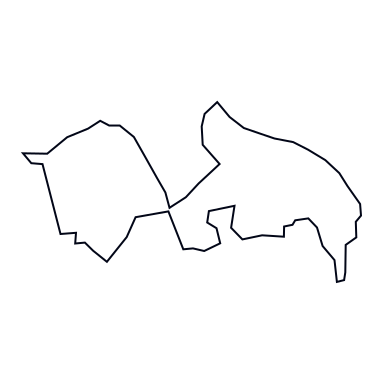 outline of Yazyavan, Ferghana, Uzbekistan
{"feature_id": "79887680B59640879655565", "entity_name": "Yazyavan", "entity_type": "district", "adm_level": 2, "iso_a3": "UZB", "parent_name": "Uzbekistan", "parent_adm1": "Ferghana", "projection": "orthographic", "projection_center": [71.634, 40.657], "detail": "fine", "context": "isolated", "style": "outline", "palette": "ink", "viewbox_px": 384, "rotation_deg": 0, "n_neighbors": 0, "source": "geoboundaries", "source_scale": "gbopen_adm2", "svg_char_len": 932}
<svg xmlns="http://www.w3.org/2000/svg" viewBox="0 0 384 384"><path d="M106.9,261.8L126.7,237.1L135.6,217.2L168.4,211.4L183.3,249.3L193.0,248.4L204.2,251.0L220.2,243.3L216.5,228.2L207.2,222.5L208.9,211.1L234.5,205.8L231.1,227.8L242.4,239.4L262.1,235.3L283.9,236.7L284.1,226.5L292.5,224.8L295.2,220.3L308.3,218.4L317.0,227.5L322.6,246.0L334.5,260.1L336.9,281.9L344.1,280.1L345.3,272.4L345.7,244.9L356.3,237.4L355.8,221.8L361.0,215.6L360.1,204.0L347.5,186.1L339.3,173.1L325.3,160.1L308.1,149.7L293.2,142.1L274.5,138.5L258.9,133.2L243.8,128.0L229.6,117.0L217.2,102.1L204.6,113.9L201.7,126.4L202.7,144.8L219.6,164.0L212.3,170.8L198.7,183.4L185.9,197.2L169.5,207.8L165.4,192.5L157.3,178.5L144.5,155.7L133.9,137.0L119.7,125.5L109.1,125.5L100.2,120.8L88.1,128.6L67.2,137.2L47.2,153.7L23.0,153.3L31.3,163.2L42.5,164.1L60.5,234.0L76.0,232.8L75.2,243.5L84.9,242.6L93.2,250.8L106.9,261.8Z" fill="none" stroke="#020617" stroke-width="2"/></svg>